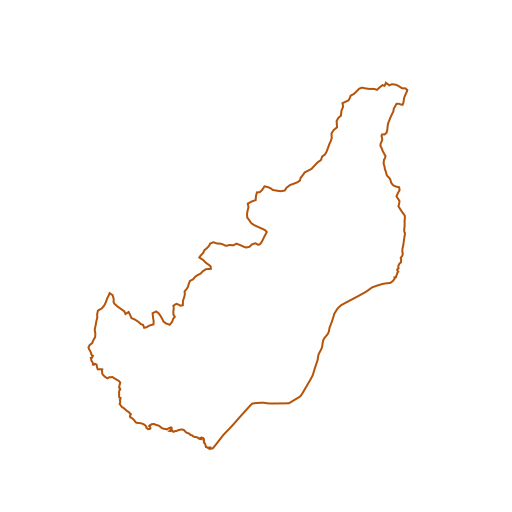 Sigowet/Soin, Rift Valley, Kenya (Mercator projection), rotated 193°
{"feature_id": "3690345B8364842533504", "entity_name": "Sigowet/Soin", "entity_type": "district", "adm_level": 2, "iso_a3": "KEN", "parent_name": "Kenya", "parent_adm1": "Rift Valley", "projection": "mercator", "projection_center": [35.118, -0.326], "detail": "fine", "context": "isolated", "style": "outline", "palette": "amber", "viewbox_px": 512, "rotation_deg": 193, "n_neighbors": 0, "source": "geoboundaries", "source_scale": "gbopen_adm2", "svg_char_len": 6052}
<svg xmlns="http://www.w3.org/2000/svg" viewBox="0 0 512 512"><g transform="rotate(193 256 256)"><path d="M398.7,129.3L397.5,127.4L396.4,126.3L394.9,124.4L394.3,123.2L393.7,122.3L392.5,122.1L392.7,121.0L393.0,119.9L394.0,119.5L393.4,118.4L392.8,117.0L391.9,116.2L390.7,114.7L390.5,113.5L389.3,113.7L388.8,114.7L387.8,114.6L386.8,114.2L386.4,113.0L385.9,111.9L384.7,110.0L383.5,110.2L382.0,110.8L380.3,110.9L380.4,109.6L379.7,108.1L379.4,107.0L378.7,106.0L376.5,104.6L375.1,104.0L374.1,103.6L373.2,103.4L372.5,104.0L371.7,104.9L370.1,105.2L368.8,105.8L365.2,104.5L361.7,103.5L359.8,102.2L359.9,98.1L359.8,96.9L359.0,96.6L358.2,95.4L358.9,94.4L358.8,92.4L358.3,90.8L358.1,89.4L357.4,87.4L356.0,87.2L355.9,86.2L356.3,85.2L355.7,84.0L355.4,82.6L355.6,81.2L353.2,79.1L352.1,78.4L351.0,78.3L350.1,77.6L348.6,77.0L347.7,76.4L346.7,75.9L344.2,75.1L343.6,74.2L342.4,73.8L342.8,71.5L342.2,70.5L341.0,70.4L338.8,69.3L337.5,68.4L336.4,67.4L335.1,66.6L333.4,66.8L332.2,67.0L331.2,67.1L328.7,67.0L327.4,66.7L325.8,66.0L324.5,65.1L324.2,63.9L323.2,63.5L322.1,63.0L320.8,63.5L320.1,64.1L320.5,65.4L321.9,66.3L321.4,67.2L320.4,67.8L319.8,68.7L317.4,69.4L316.1,69.0L314.6,68.9L313.1,68.9L311.9,68.6L309.0,67.1L306.5,66.9L305.1,67.1L303.8,66.9L303.1,67.8L302.2,68.6L301.3,69.1L300.6,69.8L299.7,69.8L299.2,68.4L300.2,67.2L300.9,66.1L299.6,66.2L298.9,66.9L298.0,67.0L297.2,66.1L296.3,66.4L295.3,67.3L294.0,67.7L292.1,69.1L289.9,70.1L288.3,70.4L286.9,70.1L284.9,68.7L283.8,68.2L280.9,67.9L280.1,67.1L279.1,66.9L278.0,66.9L276.7,66.2L275.0,65.9L273.8,66.1L272.3,66.1L271.2,65.5L270.3,65.2L269.4,65.1L268.3,65.2L269.4,66.1L268.2,66.9L266.6,66.7L265.7,66.2L264.9,63.8L264.9,62.6L263.9,62.1L263.0,61.0L261.8,58.6L260.9,58.7L259.0,57.9L258.0,57.7L258.3,59.0L257.2,59.2L256.5,58.3L255.1,58.6L254.5,59.5L252.5,63.6L247.8,73.8L246.4,76.3L243.1,81.7L239.9,87.3L234.3,97.7L230.0,105.4L228.5,108.1L227.3,110.1L226.4,111.4L223.0,112.7L217.9,114.2L215.9,114.7L211.0,115.1L207.5,115.8L193.5,119.2L190.7,120.0L181.7,128.7L181.1,129.6L180.1,131.9L174.9,148.7L174.0,152.2L173.8,153.5L173.5,158.9L172.7,167.2L172.6,169.1L172.9,172.6L172.9,173.9L172.6,175.5L171.4,180.1L171.2,181.4L171.2,183.4L171.5,186.4L171.5,188.5L171.4,189.6L171.2,190.6L170.3,192.6L168.5,196.2L168.2,197.8L168.0,199.1L168.2,202.7L167.3,209.1L166.9,213.9L166.7,217.5L166.1,219.0L165.8,220.1L165.0,222.4L164.0,224.3L162.0,227.2L159.1,229.8L148.9,238.6L142.4,244.4L141.6,245.1L139.6,247.2L136.1,251.2L135.1,252.0L131.0,254.6L125.9,257.5L122.8,258.7L119.5,259.8L118.7,260.4L116.9,262.6L115.9,265.0L116.3,266.3L114.9,266.6L114.9,267.7L114.5,270.1L114.5,271.4L113.9,272.8L114.8,273.4L115.4,274.6L114.3,276.1L114.9,277.2L115.1,278.3L114.6,280.5L114.1,281.5L113.3,282.4L113.6,284.2L113.9,285.4L114.6,286.7L114.1,287.8L113.5,289.1L113.5,290.5L113.6,291.7L114.2,292.7L114.6,293.9L114.7,294.9L115.0,296.2L114.9,298.1L115.0,300.2L115.7,308.4L115.8,310.8L116.0,311.8L116.8,312.8L117.4,314.3L117.7,316.1L117.8,317.7L118.1,319.3L118.8,322.5L119.2,323.7L119.4,325.9L119.8,327.8L120.3,329.0L123.4,331.6L125.5,333.6L128.4,336.5L128.3,339.7L128.6,341.9L132.5,345.7L132.0,349.0L131.3,351.2L130.9,352.4L132.0,355.2L135.0,355.1L137.3,355.5L138.6,356.0L140.7,357.7L141.9,360.0L143.4,361.9L145.9,363.4L146.7,364.2L147.4,365.3L148.4,367.3L149.7,369.2L150.1,370.0L151.2,372.7L152.2,374.1L152.7,376.2L152.9,378.7L152.3,380.4L152.3,382.6L153.2,383.4L154.2,384.6L156.0,386.6L158.0,389.5L159.6,391.4L159.8,393.7L159.1,397.6L160.1,400.2L160.8,401.3L160.4,402.9L158.1,403.3L156.5,405.5L156.5,407.3L156.5,408.8L157.0,412.6L157.1,414.9L156.2,421.2L154.7,427.8L154.9,430.7L154.1,433.1L153.3,435.9L150.8,436.5L148.8,436.2L147.2,436.3L146.9,438.1L146.9,439.1L147.2,442.8L147.2,443.8L146.5,448.1L146.0,450.1L145.9,451.8L148.4,453.0L150.7,452.3L151.7,452.4L155.9,453.9L158.6,454.3L162.1,454.0L164.6,452.3L168.4,454.0L168.6,452.5L169.1,450.7L171.1,451.0L173.4,448.2L175.5,445.1L178.3,445.4L183.1,444.3L187.4,443.9L190.6,443.9L193.1,442.2L195.1,439.0L197.1,435.9L199.8,433.6L200.2,430.8L200.9,428.4L206.1,424.4L204.7,421.1L205.4,416.8L205.1,413.8L204.8,411.8L206.8,409.2L207.8,405.7L206.0,399.6L208.6,396.3L210.0,392.4L208.7,387.8L209.1,384.3L209.7,381.6L210.1,377.9L210.7,373.6L211.7,370.3L213.9,367.9L214.3,364.1L217.0,361.2L221.5,353.4L224.4,350.9L227.4,348.4L228.0,346.6L230.0,342.5L230.2,339.4L232.2,337.2L235.2,335.1L238.7,332.9L241.6,329.4L242.7,326.3L245.6,325.0L247.0,324.6L248.3,324.5L254.5,324.1L256.7,325.2L260.0,325.8L263.4,325.8L264.8,321.9L266.7,319.0L269.4,318.2L269.5,314.2L268.9,310.4L272.2,308.3L275.8,305.2L274.3,301.8L274.4,297.6L274.1,294.4L273.0,291.2L271.9,290.5L268.2,287.1L267.3,286.6L264.3,285.6L260.7,284.8L255.3,283.8L252.7,283.1L250.9,281.8L252.3,276.5L253.3,272.2L253.7,270.7L254.9,268.2L256.5,267.4L259.4,268.3L262.7,266.3L264.3,263.6L267.6,262.0L270.7,262.4L273.9,263.1L277.8,263.6L280.5,261.3L284.2,260.8L287.1,259.3L288.2,259.2L290.5,259.8L293.6,260.0L295.3,259.7L296.4,259.4L300.8,259.8L303.5,257.7L303.7,256.5L304.2,255.1L305.4,252.9L307.6,250.0L308.2,247.0L309.8,244.4L310.4,243.1L310.9,241.8L306.6,240.2L303.2,238.1L298.9,236.3L297.8,235.6L297.1,233.3L301.1,232.1L301.9,231.8L304.5,229.0L306.0,226.4L307.6,225.1L308.7,224.2L310.5,222.2L312.0,219.2L314.8,216.8L315.3,213.3L315.3,210.8L316.1,208.4L317.6,205.5L316.7,202.5L316.7,199.8L317.1,195.8L316.2,191.6L318.7,190.5L320.0,191.1L322.8,191.5L325.3,189.0L324.4,186.7L324.1,183.4L323.2,180.2L321.4,178.4L322.5,176.5L322.9,173.0L324.6,169.6L328.3,170.0L331.2,171.2L333.5,173.9L335.6,176.2L338.0,178.3L340.8,179.5L343.9,177.0L342.4,172.7L341.1,169.6L340.5,166.3L344.3,164.2L346.6,162.0L348.8,160.9L350.5,163.4L353.0,163.8L355.6,165.3L359.5,166.8L363.4,167.5L365.2,170.0L367.5,172.8L370.1,170.1L371.9,172.5L379.7,175.7L382.7,177.3L383.5,178.0L384.4,179.1L385.0,182.1L386.8,185.5L390.3,186.9L390.5,185.2L391.4,181.5L391.8,178.2L392.0,176.8L392.5,174.5L392.8,173.6L394.5,170.2L397.7,167.3L397.7,163.5L396.8,160.4L396.9,156.9L396.7,153.0L396.6,148.0L395.0,144.0L394.5,140.8L395.6,137.2L396.0,134.3L398.0,131.9L398.7,129.3Z" fill="none" stroke="#b45309" stroke-width="2"/></g></svg>